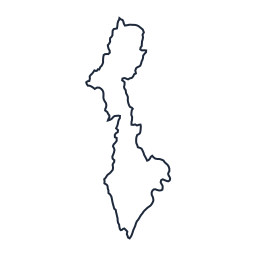 the district of Iapu, Minas Gerais, Brazil, rotated 176°
{"feature_id": "56859067B51020861012983", "entity_name": "Iapu", "entity_type": "district", "adm_level": 2, "iso_a3": "BRA", "parent_name": "Brazil", "parent_adm1": "Minas Gerais", "projection": "equal_earth", "projection_center": [-42.243, -19.351], "detail": "fine", "context": "isolated", "style": "outline", "palette": "slate", "viewbox_px": 256, "rotation_deg": 176, "n_neighbors": 0, "source": "geoboundaries", "source_scale": "gbopen_adm2", "svg_char_len": 3826}
<svg xmlns="http://www.w3.org/2000/svg" viewBox="0 0 256 256"><g transform="rotate(176 128 128)"><path d="M89.8,81.9L89.6,84.4L90.1,86.7L91.2,88.6L92.7,90.1L93.8,91.3L94.9,93.1L96.7,94.1L98.9,94.9L100.7,95.0L103.0,95.6L104.6,97.0L105.8,98.6L107.3,97.6L108.3,95.9L109.8,94.5L111.2,94.1L111.9,96.0L112.8,98.0L113.7,99.9L114.4,102.7L115.1,104.5L115.9,106.4L117.4,107.3L119.5,108.1L120.0,110.3L120.7,112.2L120.8,113.9L120.7,115.7L120.3,118.1L119.2,120.5L117.8,121.0L116.7,121.7L116.0,123.1L115.7,124.7L115.4,126.4L115.1,128.4L115.3,130.5L116.7,130.5L118.9,129.9L120.7,131.1L122.5,130.7L124.3,131.1L124.1,133.7L123.6,135.2L123.3,136.9L123.1,138.8L123.8,140.9L123.5,143.0L123.0,145.4L121.9,146.8L122.8,148.0L124.4,148.8L125.2,150.2L125.9,152.6L126.3,155.2L126.1,157.4L126.0,159.2L126.7,161.1L127.5,162.9L127.7,165.9L128.8,167.6L129.1,169.2L128.4,171.6L128.2,173.9L129.2,174.9L130.5,176.0L130.1,177.7L128.4,178.1L126.9,177.7L125.8,177.0L124.5,176.5L122.8,177.4L120.7,177.7L119.1,179.3L118.2,181.1L116.3,181.9L116.7,184.8L115.8,187.0L114.6,187.9L113.1,188.4L111.4,189.3L110.3,191.7L109.8,193.4L109.0,194.7L108.2,196.6L107.8,199.2L106.3,200.9L104.7,202.4L104.5,204.1L106.2,204.4L107.7,204.4L108.9,204.5L110.3,205.6L109.8,207.5L108.6,208.8L108.3,211.2L108.0,213.3L107.3,215.1L106.7,217.4L107.0,220.0L105.5,222.3L106.4,225.2L108.1,226.8L109.4,228.0L110.4,228.9L111.8,229.7L113.2,230.2L114.8,230.5L116.0,230.5L117.3,230.8L119.6,230.9L121.7,230.6L123.9,230.4L124.9,232.5L125.2,234.5L125.9,236.1L127.5,236.9L128.9,238.2L129.3,236.6L130.2,235.5L131.1,233.1L131.5,230.5L132.1,228.1L133.6,227.9L135.3,227.7L136.5,226.2L136.8,223.8L137.1,221.4L138.4,219.8L139.5,219.0L139.8,217.3L139.8,215.3L140.9,213.5L142.4,212.0L142.1,209.5L141.7,208.0L140.9,206.5L140.9,204.5L142.5,203.1L144.3,203.3L146.0,203.2L147.1,202.5L147.6,201.0L148.0,198.6L148.2,196.8L148.3,195.0L149.2,193.1L150.0,191.9L151.4,190.7L152.6,188.4L153.9,188.7L154.7,187.5L156.0,187.1L157.5,187.8L158.7,186.2L159.9,184.8L161.4,183.6L162.6,182.2L162.6,179.8L163.3,177.6L165.2,177.4L166.5,176.5L166.0,174.5L165.0,173.0L163.8,173.0L162.2,172.3L160.6,171.2L159.6,170.4L158.5,169.3L157.1,170.0L156.0,170.5L153.7,170.2L151.8,168.7L150.7,167.2L150.1,165.3L150.1,162.9L150.4,160.5L150.3,158.6L149.5,156.5L148.3,154.4L148.0,152.4L148.4,150.3L149.3,148.7L149.6,147.1L148.5,146.2L147.5,145.3L146.8,143.4L145.7,141.7L145.9,139.8L146.8,138.6L147.5,136.9L145.4,137.4L143.5,138.4L141.9,140.0L140.7,140.8L138.9,140.9L136.9,141.0L135.2,140.6L135.5,138.3L136.7,136.7L137.3,135.0L137.7,133.3L138.6,130.8L139.9,128.5L138.1,126.6L138.5,124.6L140.6,123.5L141.7,121.9L141.7,119.7L140.0,118.9L140.2,116.0L141.7,114.2L143.5,112.6L144.3,110.8L143.5,109.1L143.0,107.1L143.7,104.6L144.6,102.6L145.6,100.7L145.5,98.5L143.9,96.8L144.2,95.0L145.1,93.9L145.9,92.5L145.7,89.5L146.1,87.4L147.4,86.0L148.7,84.7L149.9,83.8L151.7,82.7L153.2,80.7L154.2,79.4L155.3,78.6L155.1,76.5L155.4,74.4L153.9,73.4L152.7,72.3L152.4,70.8L152.4,69.0L151.9,67.2L152.0,64.4L150.5,63.0L149.3,60.5L148.9,57.2L148.5,54.1L147.9,51.2L147.4,48.5L146.0,47.2L145.7,44.5L145.3,42.2L145.0,40.2L144.7,38.5L144.8,36.3L144.5,34.1L143.6,32.2L143.5,29.8L143.1,27.7L142.3,26.6L141.0,26.9L140.0,27.7L138.7,28.0L137.4,26.6L135.9,24.7L136.6,22.3L135.9,20.2L135.5,18.7L134.1,17.8L132.3,20.0L131.0,22.7L130.3,24.6L129.5,26.4L128.4,28.4L127.4,30.4L126.8,32.2L125.6,34.4L124.3,35.7L123.3,37.1L122.2,38.7L121.2,40.1L119.7,41.7L118.2,43.6L117.2,44.6L115.9,45.6L114.5,46.8L113.0,47.8L111.1,48.9L109.6,50.5L108.2,52.7L107.7,54.2L107.8,56.1L108.2,57.8L109.0,59.7L108.9,62.1L108.0,63.8L106.7,64.9L105.1,65.0L103.4,64.2L101.4,63.5L99.4,63.5L98.0,64.1L97.6,66.1L97.5,67.8L98.3,69.5L99.2,71.5L98.6,73.6L96.9,74.4L95.2,73.5L93.0,72.4L91.5,72.0L90.1,72.8L89.5,74.3L89.8,75.9L90.6,77.5L91.2,79.2L90.7,80.8L89.8,81.9Z" fill="none" stroke="#1e293b" stroke-width="2"/></g></svg>